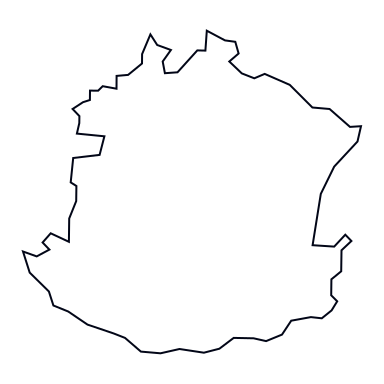 outline of Khatirchi, Navoi, Uzbekistan
{"feature_id": "79887680B3077995484164", "entity_name": "Khatirchi", "entity_type": "district", "adm_level": 2, "iso_a3": "UZB", "parent_name": "Uzbekistan", "parent_adm1": "Navoi", "projection": "mercator", "projection_center": [65.889, 40.157], "detail": "fine", "context": "isolated", "style": "outline", "palette": "ink", "viewbox_px": 384, "rotation_deg": 0, "n_neighbors": 0, "source": "geoboundaries", "source_scale": "gbopen_adm2", "svg_char_len": 1048}
<svg xmlns="http://www.w3.org/2000/svg" viewBox="0 0 384 384"><path d="M42.6,242.5L49.4,249.6L36.7,256.4L23.0,251.5L29.7,272.6L48.9,291.5L53.4,305.5L68.2,311.5L87.5,324.6L113.8,333.5L125.0,337.9L140.9,351.6L160.5,353.3L179.5,349.0L203.9,352.7L219.4,348.7L233.7,337.9L253.6,338.3L266.1,341.1L282.0,334.6L291.2,320.7L310.9,317.1L321.8,318.3L331.6,310.4L337.2,301.3L331.2,295.3L331.4,279.3L341.2,271.3L341.5,250.3L351.4,241.0L345.3,234.7L334.2,246.6L312.6,245.2L320.8,193.9L334.2,166.6L357.5,141.5L361.0,126.2L350.0,126.9L329.6,109.0L312.4,107.5L289.8,84.9L264.7,73.9L254.3,78.3L241.8,73.4L229.3,61.5L238.6,53.5L235.3,41.8L225.0,40.4L206.8,30.7L205.4,50.6L197.3,50.4L177.5,72.3L164.9,73.2L162.7,61.5L170.9,50.0L157.2,45.0L150.4,34.4L142.1,54.1L142.0,63.5L128.1,74.9L116.6,75.9L116.5,88.7L102.7,86.2L98.1,90.7L90.0,90.6L89.9,100.0L83.0,102.2L72.6,109.0L79.4,116.1L79.3,123.1L76.9,133.6L104.4,136.3L99.6,154.9L73.2,158.0L70.7,182.4L76.4,186.0L76.2,201.1L69.2,218.5L68.9,241.8L50.7,233.3L42.6,242.5Z" fill="none" stroke="#020617" stroke-width="2"/></svg>